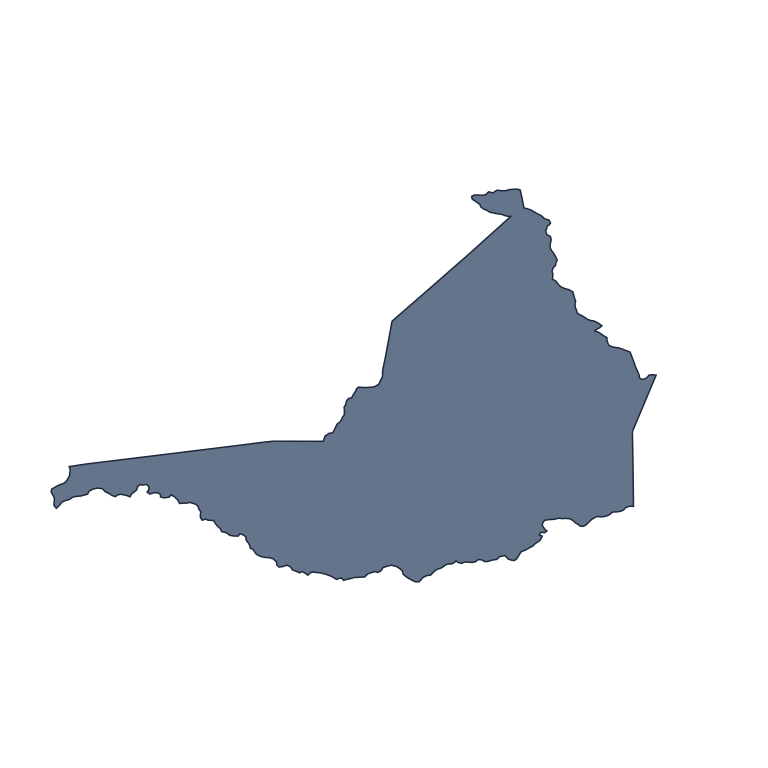 outline of Iramaia, Bahia, Brazil, rotated 110°
{"feature_id": "56859067B23035835922844", "entity_name": "Iramaia", "entity_type": "district", "adm_level": 2, "iso_a3": "BRA", "parent_name": "Brazil", "parent_adm1": "Bahia", "projection": "natural_earth1", "projection_center": [-40.889, -13.541], "detail": "fine", "context": "isolated", "style": "filled", "palette": "slate", "viewbox_px": 768, "rotation_deg": 110, "n_neighbors": 0, "source": "geoboundaries", "source_scale": "gbopen_adm2", "svg_char_len": 4815}
<svg xmlns="http://www.w3.org/2000/svg" viewBox="0 0 768 768"><g transform="rotate(110 384 384)"><path d="M569.3,651.6L572.1,649.4L574.7,648.9L577.7,648.1L581.4,648.7L584.8,649.5L587.2,651.3L589.3,654.0L591.8,656.4L594.5,658.7L596.4,660.3L599.1,660.0L601.7,657.2L604.2,654.5L607.4,653.7L610.9,652.7L612.9,649.4L608.8,647.4L605.3,646.3L602.7,643.8L600.0,640.0L596.9,637.9L595.6,635.9L594.1,633.2L593.1,630.8L591.4,628.4L588.9,624.8L585.7,624.6L583.2,622.4L581.4,620.3L579.6,617.1L578.7,612.6L580.5,609.4L580.9,605.2L581.8,601.2L581.7,597.8L579.4,596.5L577.6,593.6L577.1,590.0L576.8,587.4L576.9,584.1L573.2,583.4L570.8,581.7L568.3,580.3L564.8,580.4L562.0,578.9L561.5,576.2L559.5,572.7L561.1,569.8L563.5,568.9L566.7,569.6L567.5,566.4L564.8,562.9L563.6,559.0L564.4,556.2L566.5,555.4L566.4,552.4L565.4,550.1L563.9,547.2L561.0,546.2L561.7,542.0L563.8,537.8L566.2,535.2L564.5,531.6L563.2,528.1L561.7,526.1L561.5,522.5L561.4,519.3L562.7,516.8L564.9,515.2L566.8,512.4L569.1,512.0L572.2,510.9L574.2,508.2L572.0,505.5L572.2,502.6L570.5,497.5L572.9,494.6L574.5,491.9L576.1,488.1L578.3,486.1L577.8,482.3L578.0,479.6L579.0,477.2L578.1,472.6L576.7,468.9L573.9,468.2L573.9,465.0L574.8,461.6L578.1,460.0L579.9,456.9L581.8,454.9L584.1,453.4L584.2,450.7L585.7,448.5L587.7,445.6L588.3,441.1L587.7,436.8L586.5,432.5L586.2,428.5L587.9,424.2L590.4,423.1L592.0,420.2L590.1,416.5L587.5,413.4L587.9,409.1L590.0,406.5L590.1,402.4L590.2,398.5L588.2,396.8L588.9,392.9L589.7,390.2L587.1,388.9L585.4,387.3L584.1,382.7L583.2,378.8L582.7,373.8L582.7,370.3L582.8,367.2L583.3,364.4L583.9,361.7L582.0,359.8L580.8,357.5L582.3,354.9L580.3,352.1L578.5,349.2L575.9,345.6L574.8,342.7L573.6,340.1L572.0,336.2L567.9,334.2L565.5,331.2L563.4,328.5L563.3,325.7L561.5,323.6L559.3,322.5L556.9,322.2L555.3,320.2L553.7,318.0L551.8,315.2L551.5,312.5L551.2,310.0L551.9,306.9L553.0,303.2L556.2,300.9L557.7,297.0L558.5,292.6L559.0,289.6L559.1,286.4L557.6,283.1L554.8,282.1L552.6,281.3L549.5,278.3L547.6,274.8L544.2,273.3L540.5,271.2L537.3,267.3L534.8,265.4L532.5,264.0L531.2,262.0L530.0,259.0L527.7,256.8L525.7,255.8L526.4,252.8L526.0,249.6L523.7,247.3L522.5,243.5L521.6,240.3L520.1,237.7L516.5,235.1L515.8,231.5L516.5,229.0L515.3,225.7L512.4,222.0L510.3,218.1L506.5,216.1L503.9,211.6L506.1,207.2L505.9,203.6L505.2,201.0L503.1,199.6L500.9,199.0L497.6,198.4L494.5,197.6L492.4,195.1L490.4,193.2L487.8,191.0L485.2,188.6L483.2,187.8L480.7,186.2L478.2,184.2L475.6,183.5L472.8,183.3L472.8,186.4L470.0,186.1L468.6,182.0L466.4,180.7L465.3,183.5L462.5,187.2L459.5,187.2L457.2,186.4L455.6,183.8L454.1,180.5L452.7,177.3L450.3,174.0L449.6,170.6L448.2,167.2L447.1,163.6L447.7,159.4L449.1,156.6L449.5,153.6L450.5,151.0L449.6,148.1L447.7,146.2L445.0,144.9L442.8,143.8L440.3,142.6L437.9,140.6L435.6,138.6L434.7,134.5L432.5,130.5L430.0,127.7L427.9,126.4L425.9,124.9L424.5,121.4L422.7,118.1L420.6,115.9L417.4,114.5L415.0,111.6L413.6,107.7L375.7,122.0L343.8,134.3L282.6,131.3L283.5,135.2L285.0,138.0L288.1,139.1L290.3,141.1L291.6,143.6L290.7,146.1L288.2,147.4L285.1,150.3L281.8,153.6L279.1,155.7L276.6,157.8L274.7,159.5L272.0,161.7L269.7,163.8L269.8,166.6L269.8,169.3L269.6,172.2L269.8,176.1L270.7,180.1L271.0,183.3L270.7,186.0L268.6,188.0L266.7,189.4L264.1,190.4L263.6,193.8L263.0,196.2L262.0,199.5L262.1,204.0L259.7,202.8L257.4,200.6L254.7,199.2L253.4,204.1L252.9,207.9L253.6,211.2L253.7,214.6L252.3,220.0L251.9,224.1L251.1,226.7L248.9,228.3L246.4,230.6L243.4,231.9L240.6,232.3L237.9,234.5L235.2,236.4L232.8,238.1L232.1,242.5L232.5,246.6L232.2,250.9L230.9,254.0L228.6,257.5L227.8,261.6L225.4,262.2L222.7,263.0L221.0,264.5L217.5,264.9L213.9,263.4L211.0,263.9L208.3,263.6L205.9,266.0L203.4,268.9L201.3,272.1L199.4,274.3L196.7,275.4L194.5,275.8L191.3,276.2L188.4,278.1L188.0,281.9L185.0,284.4L182.2,284.2L179.8,284.8L178.1,283.2L175.8,282.5L173.4,285.2L173.9,289.1L172.0,293.9L171.6,298.3L170.7,302.5L170.2,305.7L170.3,309.2L170.7,312.7L162.4,317.7L155.1,322.3L155.2,325.1L156.6,328.6L158.3,332.4L161.0,336.2L162.4,340.4L163.0,343.7L164.7,345.4L167.1,346.7L167.6,351.4L171.3,353.2L173.0,355.9L174.2,360.2L175.5,363.7L177.7,365.8L180.1,364.4L181.5,358.7L182.5,355.3L184.4,353.7L185.5,350.3L185.6,346.7L186.4,343.5L186.0,340.5L185.4,336.7L184.4,331.5L184.4,328.7L184.1,324.8L183.2,322.2L235.2,349.9L258.0,362.5L260.5,363.8L322.2,397.9L360.5,391.5L368.7,390.4L372.2,389.8L374.9,388.8L377.8,387.9L381.7,388.5L385.9,388.7L389.9,392.1L391.6,395.5L393.3,399.2L394.7,403.4L395.6,406.9L397.6,408.1L400.3,408.2L403.9,409.1L408.0,409.7L409.8,412.4L412.4,413.4L417.0,413.0L419.2,413.6L422.4,412.2L426.2,410.8L429.2,411.6L432.5,411.8L435.5,412.8L437.5,414.3L440.8,414.7L444.3,415.0L447.6,415.6L448.9,418.5L450.8,420.0L453.1,421.6L455.8,421.5L458.6,421.4L475.8,469.0L477.0,471.3L478.6,474.7L506.1,528.5L556.6,627.8L561.9,638.1L569.3,651.6Z" fill="#64748b" stroke="#1e293b" stroke-width="1.5"/></g></svg>